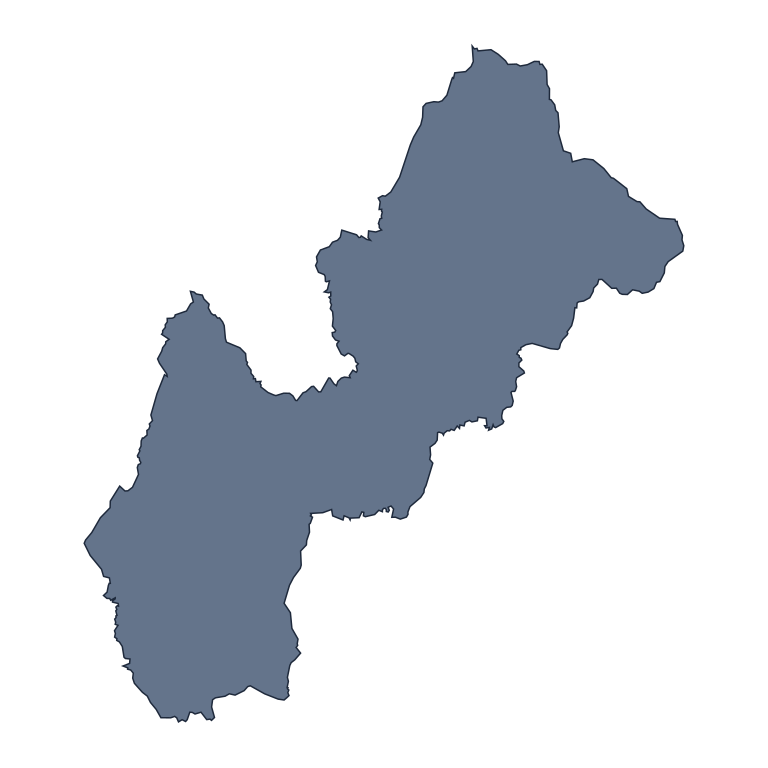 Sidenreng Rappang, Sulawesi Selatan, Indonesia (Natural Earth projection)
{"feature_id": "22746128B89870320898123", "entity_name": "Sidenreng Rappang", "entity_type": "district", "adm_level": 2, "iso_a3": "IDN", "parent_name": "Indonesia", "parent_adm1": "Sulawesi Selatan", "projection": "natural_earth1", "projection_center": [119.91, -3.808], "detail": "fine", "context": "isolated", "style": "filled", "palette": "slate", "viewbox_px": 768, "rotation_deg": 0, "n_neighbors": 0, "source": "geoboundaries", "source_scale": "gbopen_adm2", "svg_char_len": 6100}
<svg xmlns="http://www.w3.org/2000/svg" viewBox="0 0 768 768"><path d="M160.9,717.7L170.7,717.8L174.7,716.4L176.7,717.8L178.5,721.9L182.1,719.7L185.6,721.5L187.2,719.7L189.8,712.2L192.3,712.4L195.0,714.0L201.0,712.2L206.7,719.6L210.0,719.1L211.5,720.4L214.5,717.5L211.6,707.0L212.6,699.7L215.5,697.8L225.1,696.2L229.3,693.8L235.1,695.1L244.2,690.6L247.7,686.6L250.3,685.8L264.6,693.8L278.1,699.1L284.1,700.0L286.9,697.6L289.0,695.6L287.8,692.7L288.8,690.0L287.6,689.0L288.0,687.8L287.1,687.7L288.4,681.3L287.4,677.4L289.8,665.5L291.2,662.6L294.8,659.8L300.6,653.1L296.1,647.5L297.7,645.3L297.2,643.8L298.0,639.1L291.9,628.4L290.4,612.7L284.1,603.3L289.5,585.2L293.5,577.5L300.3,568.3L301.2,565.1L300.6,551.0L306.4,544.9L306.7,540.5L309.5,532.2L309.1,524.3L310.3,523.3L312.5,517.2L310.4,515.9L311.4,514.9L310.6,513.4L322.8,512.7L331.6,509.5L332.7,515.9L343.0,520.0L344.1,515.8L349.0,517.8L350.1,519.9L350.5,518.1L359.1,517.7L361.9,511.9L363.8,512.4L363.4,515.8L365.3,516.7L374.7,514.5L378.8,510.3L382.4,511.7L382.5,509.6L383.7,508.4L385.3,508.3L386.3,509.6L386.3,511.5L388.2,512.0L389.3,510.3L388.1,507.3L391.0,506.0L393.6,509.0L391.8,517.3L395.4,517.2L400.3,519.1L406.4,517.1L408.0,514.4L407.9,512.0L410.0,506.6L420.7,497.4L423.9,492.5L424.3,488.9L426.0,485.6L432.8,463.1L429.7,459.4L430.6,454.9L430.0,447.1L435.0,443.4L437.2,440.1L437.6,432.6L438.9,432.1L442.3,433.2L443.5,435.1L444.1,433.2L447.2,430.7L449.6,430.9L451.0,429.3L454.2,430.4L457.2,426.0L459.5,428.4L459.9,425.0L464.1,425.9L465.1,422.2L469.4,420.4L471.9,421.9L477.4,420.8L478.0,417.2L486.1,418.3L487.0,425.7L484.6,425.7L486.0,428.0L489.4,427.4L488.6,430.2L491.7,428.9L493.1,424.7L494.0,426.9L495.6,427.6L502.7,423.6L503.8,421.4L501.9,418.8L501.7,415.6L502.9,410.3L506.8,407.3L510.7,406.9L512.2,405.4L513.2,401.1L511.0,392.4L512.0,391.4L514.7,391.4L515.4,390.4L516.6,386.7L515.7,381.5L516.6,377.7L524.4,373.0L523.8,371.0L518.9,366.7L518.9,363.0L521.8,360.1L521.0,358.2L519.3,357.4L519.2,355.6L516.8,354.0L518.8,350.3L520.8,349.8L520.8,347.6L525.9,344.7L532.2,343.4L550.2,348.6L557.8,349.4L559.5,347.9L560.5,343.5L562.8,339.4L567.1,334.9L567.8,333.4L567.1,331.9L571.6,325.7L573.6,318.2L574.9,307.7L576.7,307.9L577.1,303.0L578.6,301.8L583.7,301.0L589.8,297.7L593.1,291.6L593.7,288.0L597.5,284.1L598.8,279.5L602.0,279.4L611.7,288.3L616.4,288.2L619.7,293.2L622.2,294.3L627.4,294.5L632.6,289.8L639.3,291.2L642.2,293.3L648.1,292.1L653.9,288.6L656.5,282.3L659.9,281.6L664.3,272.9L664.9,266.5L668.2,261.6L682.8,251.1L683.8,245.7L682.0,239.9L682.4,235.4L677.5,224.3L677.2,221.4L675.6,221.5L674.9,219.3L659.6,218.2L646.2,209.0L639.9,201.8L637.0,201.6L628.5,196.4L626.8,188.7L613.5,178.3L611.2,177.7L603.9,168.6L593.0,159.8L584.3,158.7L572.3,161.8L570.7,153.3L563.4,150.8L558.3,132.7L559.2,126.8L558.0,112.8L555.7,110.4L554.7,104.8L551.0,99.8L549.4,99.4L549.5,88.7L547.1,84.5L546.6,70.7L542.2,64.2L539.9,64.4L539.1,61.5L534.3,61.4L527.4,64.7L520.2,66.0L516.5,64.1L507.8,64.4L505.5,60.8L498.2,54.3L491.0,49.7L478.0,50.9L477.0,48.4L474.4,48.9L472.2,46.1L473.3,61.5L471.1,66.5L465.7,71.6L454.8,72.8L453.5,78.3L452.5,77.6L451.8,79.3L446.9,95.2L442.1,100.8L438.4,102.1L433.9,101.7L426.1,103.4L423.0,106.8L422.6,117.3L420.8,124.8L413.7,137.0L410.3,145.0L399.6,177.2L390.8,192.0L385.3,196.2L382.5,195.7L378.2,198.1L380.2,201.8L379.1,209.5L381.7,209.3L381.5,211.1L382.3,212.1L381.3,215.9L381.7,218.3L380.0,218.7L378.4,223.7L379.2,224.7L379.3,227.7L381.6,230.0L375.8,232.0L368.6,230.9L368.1,237.6L370.4,240.3L366.7,239.4L361.2,235.9L360.4,237.3L358.8,237.5L356.6,234.8L341.8,230.1L340.3,237.2L337.5,240.3L332.5,242.2L329.3,246.7L320.4,250.0L316.5,256.9L317.3,261.8L315.6,265.5L318.5,272.3L324.2,274.6L325.2,276.5L325.4,281.2L326.3,281.8L329.5,280.9L327.4,289.6L324.3,291.9L328.6,292.8L330.7,292.1L330.8,296.0L328.9,297.2L330.6,299.2L330.2,302.0L331.5,304.8L330.3,308.7L332.6,311.7L333.2,318.6L332.4,326.1L335.7,330.5L334.8,332.1L332.2,332.6L332.5,336.0L335.5,340.0L339.0,341.2L336.9,343.8L336.9,345.6L341.2,354.0L344.5,355.9L348.0,353.3L349.2,353.6L353.1,356.1L354.9,358.3L355.7,361.8L358.3,363.8L356.2,366.0L357.3,370.2L356.8,371.7L356.3,372.3L352.9,370.2L349.3,375.6L350.2,377.7L344.4,377.1L341.3,378.1L337.9,381.4L336.4,385.7L333.9,383.8L330.0,378.1L328.7,378.0L320.8,391.8L318.6,391.9L313.6,386.3L311.5,386.6L306.0,391.7L303.0,392.8L297.0,400.6L295.6,400.4L292.9,395.9L289.5,393.3L283.7,393.2L275.9,395.6L273.8,395.0L268.0,392.5L260.7,386.8L261.1,385.0L260.0,383.6L260.9,381.4L255.9,381.7L255.4,378.6L253.4,378.8L253.7,376.5L251.0,373.3L251.0,370.1L246.8,364.4L247.5,362.4L246.2,360.9L245.6,353.6L239.9,347.8L226.5,342.2L225.4,338.7L224.2,325.6L222.6,321.9L219.5,317.9L217.5,318.1L215.0,314.8L213.7,315.1L211.3,313.5L208.3,308.0L209.1,304.2L203.9,299.0L202.3,295.1L196.3,294.0L194.1,292.1L190.4,291.3L193.4,302.0L190.6,303.9L186.5,311.0L175.2,314.9L174.6,317.0L172.4,318.2L167.2,318.4L167.3,321.9L165.2,324.8L165.4,327.3L162.7,330.6L162.6,333.0L161.6,334.3L169.1,339.3L165.8,341.7L165.6,343.9L162.7,347.6L161.7,351.2L157.6,358.9L159.5,363.3L166.8,374.1L167.2,376.4L164.5,374.7L157.0,393.7L150.9,415.0L152.5,420.6L149.3,424.0L150.0,426.0L148.9,429.0L146.9,430.5L147.1,435.0L143.4,438.2L142.4,438.0L141.2,440.9L141.0,446.3L139.2,449.7L139.9,450.9L137.4,455.8L137.9,457.3L139.3,457.8L139.6,460.4L140.8,462.3L140.4,463.7L138.3,464.6L137.3,467.5L138.5,474.4L132.5,487.3L127.9,490.8L125.0,491.0L119.7,486.1L110.3,501.1L110.1,507.7L100.4,517.7L91.8,532.5L85.6,540.0L84.2,543.3L90.2,555.5L101.5,569.3L103.6,576.4L109.4,577.9L110.3,583.3L109.2,583.3L108.4,585.3L107.1,592.1L103.5,595.5L106.9,598.4L109.7,598.5L110.7,600.3L115.2,597.8L115.2,598.8L112.5,600.9L112.5,602.1L118.2,603.5L118.5,606.1L117.3,605.7L115.9,607.1L116.8,609.5L115.8,610.9L117.0,615.4L115.9,615.9L116.0,617.7L114.7,619.1L115.7,622.2L115.2,624.3L118.0,625.3L114.5,630.7L115.4,633.5L114.6,637.1L116.9,638.7L116.7,640.4L119.4,641.9L122.3,646.5L124.0,657.2L125.4,658.5L130.0,659.0L129.6,663.4L123.0,666.0L127.8,667.9L127.6,669.2L130.7,670.0L133.3,673.2L132.7,678.1L134.4,683.3L142.4,692.3L147.3,696.1L150.5,702.5L156.2,709.4L160.9,717.7Z" fill="#64748b" stroke="#1e293b" stroke-width="1.5"/></svg>